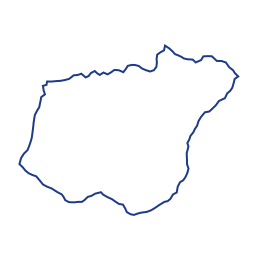 the district of Pontalinda, São Paulo, Brazil, rotated 186°
{"feature_id": "56859067B7961843584792", "entity_name": "Pontalinda", "entity_type": "district", "adm_level": 2, "iso_a3": "BRA", "parent_name": "Brazil", "parent_adm1": "São Paulo", "projection": "albers", "projection_center": [-50.529, -20.453], "detail": "fine", "context": "isolated", "style": "outline", "palette": "blue", "viewbox_px": 256, "rotation_deg": 186, "n_neighbors": 0, "source": "geoboundaries", "source_scale": "gbopen_adm2", "svg_char_len": 1851}
<svg xmlns="http://www.w3.org/2000/svg" viewBox="0 0 256 256"><g transform="rotate(186 128 128)"><path d="M99.8,213.8L100.3,209.0L103.6,206.7L106.6,204.0L106.8,199.9L106.1,196.0L106.2,191.7L108.3,188.2L111.9,186.5L116.2,187.4L120.2,188.6L123.7,190.8L127.7,191.4L130.9,191.1L134.7,189.8L136.6,186.0L138.5,183.0L143.2,184.5L147.7,184.3L151.0,181.3L154.0,179.2L158.2,180.6L161.6,177.8L164.4,179.2L167.0,181.2L170.7,178.7L172.6,175.6L175.4,173.9L180.1,177.1L183.5,175.5L187.6,174.7L191.5,170.8L195.5,169.2L200.2,167.8L204.5,167.1L208.8,166.2L213.3,165.8L213.6,162.4L217.0,161.0L215.8,156.5L214.1,152.8L217.5,149.7L217.9,144.9L218.5,139.2L220.0,136.3L222.0,131.2L222.4,124.2L222.4,118.6L222.5,113.3L222.7,108.1L223.5,103.7L224.5,99.3L225.7,95.4L228.9,91.5L231.2,86.9L232.2,80.8L228.2,77.6L225.7,75.0L222.2,72.7L218.3,71.3L214.3,70.4L210.0,66.3L206.6,62.9L202.1,61.1L197.6,59.9L191.7,56.9L186.9,55.0L184.7,52.5L182.9,49.7L179.0,48.1L174.0,48.4L169.9,49.3L166.2,49.7L163.7,51.8L160.9,55.2L157.1,56.8L153.7,59.3L148.2,61.3L145.7,59.1L141.1,57.1L136.6,55.6L132.3,53.2L128.9,51.5L125.1,51.3L122.4,47.7L120.4,44.3L116.5,42.5L113.0,42.2L109.5,43.9L106.0,45.2L100.6,46.5L96.4,48.6L92.6,51.5L89.1,54.5L84.0,58.4L80.9,59.4L78.4,62.0L76.3,66.6L72.8,69.0L72.4,74.9L70.6,79.5L67.6,81.8L65.6,85.5L64.3,89.5L63.6,94.0L65.5,98.1L66.1,103.1L67.0,109.2L66.4,112.8L66.0,116.1L67.4,119.3L65.9,122.8L65.0,126.8L62.5,130.7L61.4,134.0L59.5,137.5L58.6,142.2L56.5,146.7L53.1,151.7L48.9,152.9L46.0,156.2L43.0,159.8L40.4,164.4L34.7,167.8L33.0,172.8L30.3,175.6L28.5,178.9L27.8,182.6L27.0,188.0L23.8,190.8L27.6,193.9L29.5,196.4L33.8,199.1L37.5,203.4L41.9,204.4L46.7,204.0L52.1,208.1L56.3,207.8L60.6,207.1L62.4,203.2L67.5,200.3L70.8,202.8L76.0,202.6L79.7,203.0L82.5,204.4L85.7,205.5L89.0,206.4L91.5,208.7L95.3,211.5L99.8,213.8Z" fill="none" stroke="#1e3a8a" stroke-width="2"/></g></svg>